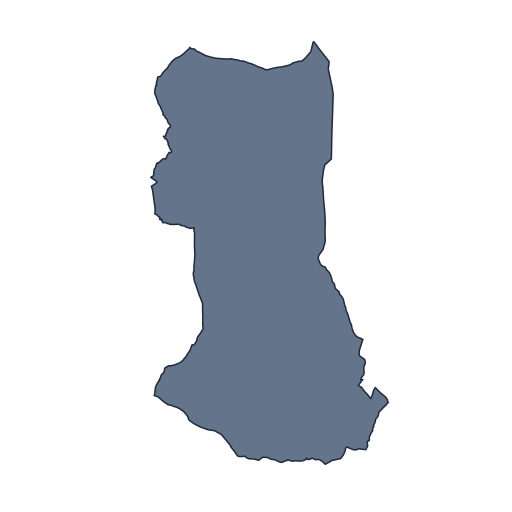 Ocna Sibiului, Sibiu, Romania, rotated 264°
{"feature_id": "2599482B46010461750769", "entity_name": "Ocna Sibiului", "entity_type": "district", "adm_level": 2, "iso_a3": "ROU", "parent_name": "Romania", "parent_adm1": "Sibiu", "projection": "natural_earth1", "projection_center": [24.038, 45.885], "detail": "fine", "context": "isolated", "style": "filled", "palette": "slate", "viewbox_px": 512, "rotation_deg": 264, "n_neighbors": 0, "source": "geoboundaries", "source_scale": "gbopen_adm2", "svg_char_len": 6047}
<svg xmlns="http://www.w3.org/2000/svg" viewBox="0 0 512 512"><g transform="rotate(264 256 256)"><path d="M433.4,347.5L434.0,347.3L438.8,348.5L441.7,349.0L455.3,340.5L460.6,337.5L462.3,336.4L463.0,335.7L463.0,335.4L462.5,335.1L453.5,331.9L451.0,329.2L449.9,327.9L448.7,327.0L445.3,322.4L445.0,320.6L445.3,319.4L444.8,317.4L444.7,315.8L444.1,312.9L443.0,310.9L442.3,308.5L441.5,302.5L441.3,299.5L441.4,297.8L440.9,292.2L440.3,288.8L440.1,286.7L440.3,285.1L440.6,284.4L441.1,283.7L442.0,282.4L444.1,277.6L445.5,275.5L447.7,271.5L448.9,268.3L449.8,266.8L451.3,263.6L451.5,261.4L452.5,259.3L454.3,253.1L454.6,252.1L455.0,251.4L454.5,250.5L454.9,249.1L455.0,247.1L455.9,241.9L456.3,240.3L456.6,237.7L457.2,235.5L457.7,234.4L458.3,232.4L460.8,226.3L461.9,225.0L462.3,224.2L464.6,220.9L465.8,218.4L468.1,216.6L468.5,215.7L468.7,214.1L468.9,213.4L470.3,212.0L469.0,210.9L468.2,209.7L467.0,208.2L463.8,203.7L462.5,201.3L462.1,200.3L461.9,199.3L460.9,196.6L458.5,193.0L455.3,189.9L451.9,187.3L450.9,185.8L448.0,182.6L446.4,181.2L445.1,180.4L444.8,180.0L444.3,177.1L442.9,176.5L441.3,176.1L438.9,175.1L436.6,175.0L436.4,174.9L436.2,174.2L435.4,174.1L432.5,173.0L428.4,172.3L427.2,172.5L426.3,173.0L423.3,173.6L422.7,174.0L420.7,174.2L419.9,174.6L419.1,174.5L417.6,174.9L414.5,176.5L413.0,176.8L409.2,178.2L408.7,178.2L407.2,178.7L406.6,178.2L406.2,178.2L405.6,179.0L404.4,179.9L403.9,180.1L403.2,180.1L402.6,180.5L401.7,181.5L400.3,182.1L399.0,182.2L397.8,182.5L395.1,184.4L393.7,184.5L393.1,184.3L392.1,182.1L391.2,181.7L390.8,181.1L390.0,181.3L389.2,180.6L386.7,179.3L386.2,178.9L385.5,178.7L384.9,178.8L384.7,178.6L384.5,177.2L385.0,176.1L383.9,177.0L382.1,177.7L381.9,178.8L381.5,179.2L376.9,180.7L376.6,180.2L375.0,180.8L372.2,181.5L370.5,182.2L370.3,182.6L369.2,183.1L368.4,182.9L367.7,182.4L367.6,182.0L367.9,181.6L368.2,180.5L365.2,178.1L362.2,176.6L361.9,176.2L362.4,174.7L362.3,173.6L360.9,171.4L358.6,168.7L359.0,168.3L359.0,167.8L358.7,167.3L358.0,166.7L354.0,165.0L353.0,163.9L349.0,162.8L347.8,162.8L346.7,162.4L346.0,161.6L345.8,160.4L345.0,159.7L341.3,164.1L340.7,164.7L339.9,165.1L339.3,164.7L338.3,163.3L336.3,159.3L332.3,160.0L314.6,160.6L312.5,160.5L308.3,159.9L307.5,161.4L305.5,163.1L304.3,164.5L302.6,164.0L302.4,164.3L302.6,165.2L302.3,165.4L301.5,165.6L301.8,166.2L301.1,166.5L300.2,166.4L298.7,167.0L298.8,168.3L298.7,169.2L297.6,171.2L296.4,174.2L296.0,177.1L295.7,182.7L294.4,184.3L293.6,186.4L293.5,187.6L293.0,188.5L291.8,189.8L291.4,191.1L290.8,192.3L290.4,193.7L290.5,197.2L289.9,197.3L289.5,196.9L288.3,197.0L287.5,196.9L285.3,197.3L272.0,195.8L262.9,195.3L261.7,194.9L258.0,194.4L252.4,193.2L249.7,193.0L247.1,192.4L245.5,191.8L244.2,191.7L237.0,192.2L233.4,193.2L223.7,195.3L214.6,197.9L207.9,197.2L206.2,197.2L204.4,196.9L200.6,196.8L199.3,196.4L197.6,196.4L193.3,195.8L189.6,195.8L188.5,195.6L188.2,195.0L185.2,192.8L181.9,189.7L180.3,188.8L178.1,188.2L174.8,185.8L174.1,184.9L174.3,183.3L174.2,183.0L169.1,180.5L165.2,177.2L163.6,176.3L161.3,173.7L160.0,172.5L158.5,170.4L157.6,168.5L156.0,162.7L155.9,160.6L155.6,160.1L155.9,158.8L155.9,157.8L155.1,155.5L154.3,154.1L154.2,153.7L149.8,152.2L149.5,151.7L149.0,151.5L148.8,150.7L148.2,150.1L147.9,150.0L147.4,149.2L146.4,148.9L144.2,147.8L143.3,147.0L142.4,147.1L142.0,146.8L141.9,146.1L137.5,143.1L136.1,142.4L131.3,141.2L130.8,141.3L128.1,140.3L128.2,139.8L127.5,140.8L126.3,143.7L125.9,144.1L121.3,148.4L117.6,152.5L117.3,153.0L116.2,156.5L115.0,158.5L114.1,160.9L111.9,164.5L110.8,165.5L109.2,167.6L104.2,171.0L102.9,171.5L101.4,171.7L100.1,172.1L99.3,172.7L95.7,176.8L92.1,182.2L89.3,187.8L89.2,188.4L88.2,190.1L88.0,190.7L87.5,193.3L86.2,197.3L85.1,198.5L82.1,202.9L70.3,210.7L68.8,211.0L63.4,214.4L59.7,216.3L58.7,217.3L58.3,218.6L58.1,219.7L58.0,221.9L58.2,222.9L58.1,223.4L57.7,224.2L56.1,225.8L55.0,227.9L55.0,228.6L54.7,229.7L54.6,231.6L54.3,232.6L53.9,233.5L53.7,234.6L52.6,236.9L52.6,237.6L53.8,239.1L55.1,241.8L55.1,242.3L54.7,244.2L54.5,246.0L54.0,247.0L52.2,249.8L51.5,253.2L51.2,253.9L49.8,255.9L48.3,258.7L48.1,259.9L48.1,260.7L49.0,262.9L49.4,265.5L49.9,266.2L49.9,266.6L48.8,268.6L48.6,269.8L48.3,270.2L48.0,272.0L48.3,272.9L48.3,273.6L47.8,275.9L47.9,276.5L47.5,277.9L47.4,279.3L47.4,280.5L47.9,283.3L49.5,285.2L48.2,286.0L48.4,286.9L48.2,287.9L48.2,288.3L48.5,289.4L49.1,290.7L47.2,293.9L47.1,295.1L47.2,297.2L45.1,300.2L43.1,301.8L41.9,302.8L41.7,303.4L43.8,308.4L44.4,309.2L44.6,309.8L45.7,319.0L49.1,322.2L53.1,324.4L55.1,324.9L56.6,326.2L56.6,326.5L55.8,327.6L53.1,332.6L52.8,334.7L53.0,336.5L53.7,337.6L53.7,337.9L53.1,339.2L52.9,340.9L52.3,343.1L51.9,345.0L55.4,347.2L59.7,347.2L60.2,348.0L60.4,349.1L60.6,349.3L61.8,349.6L63.3,349.6L64.0,349.8L68.0,352.0L69.4,353.3L70.1,353.8L72.1,353.9L73.5,354.7L73.8,355.2L75.5,355.4L78.4,357.2L81.1,357.9L83.5,360.3L84.9,361.0L86.2,361.5L87.0,361.5L87.8,362.0L91.6,366.4L93.8,369.2L94.2,370.0L95.1,370.4L96.3,371.9L96.4,372.2L97.0,371.9L99.1,371.7L100.3,371.2L102.2,370.1L106.7,365.7L112.6,360.9L110.6,359.2L105.5,357.1L102.5,355.5L102.3,355.2L107.5,351.8L109.1,350.4L112.3,348.4L114.4,347.3L115.8,345.0L116.6,344.3L121.8,349.0L121.9,347.3L123.4,347.8L127.1,350.9L127.5,351.0L129.5,351.4L133.8,351.5L135.6,352.2L137.1,353.2L139.3,353.6L141.9,353.2L143.9,350.7L144.4,350.3L145.7,348.8L146.5,348.4L149.6,348.5L151.8,349.1L161.8,353.5L163.0,351.9L163.9,349.9L165.2,348.0L166.3,347.0L169.2,345.2L174.2,343.9L177.7,343.7L180.6,342.6L187.7,341.4L190.3,340.7L192.3,339.8L193.2,339.9L195.5,339.8L197.3,339.1L202.5,338.5L205.1,337.9L207.9,336.3L209.0,335.2L210.5,335.1L211.7,334.8L213.6,333.2L215.2,331.7L215.8,331.4L219.4,331.1L220.6,330.7L222.6,329.2L225.2,329.0L228.5,328.4L232.1,327.0L235.3,324.6L237.8,323.7L238.9,321.2L240.7,319.5L242.0,318.9L244.4,318.4L246.4,317.6L249.7,318.2L255.4,323.3L262.5,326.1L264.0,326.5L273.2,327.2L277.8,327.7L280.2,328.2L285.6,328.6L292.8,329.0L305.2,329.1L318.2,329.7L320.6,329.5L323.9,329.8L327.2,330.3L328.4,330.8L333.2,331.8L338.5,333.6L339.0,333.6L344.6,341.1L369.5,344.2L409.0,349.7L416.9,349.3L433.4,347.5Z" fill="#64748b" stroke="#1e293b" stroke-width="1.5"/></g></svg>